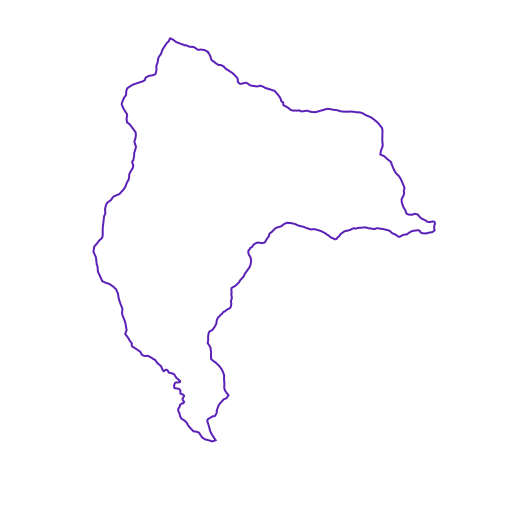 the district of Khaling, Tashigang, Bhutan, rotated 284°
{"feature_id": "84629894B48519884864464", "entity_name": "Khaling", "entity_type": "district", "adm_level": 2, "iso_a3": "BTN", "parent_name": "Bhutan", "parent_adm1": "Tashigang", "projection": "equal_earth", "projection_center": [91.565, 27.177], "detail": "fine", "context": "isolated", "style": "outline", "palette": "violet", "viewbox_px": 512, "rotation_deg": 284, "n_neighbors": 0, "source": "geoboundaries", "source_scale": "gbopen_adm2", "svg_char_len": 6103}
<svg xmlns="http://www.w3.org/2000/svg" viewBox="0 0 512 512"><g transform="rotate(284 256 256)"><path d="M215.8,101.1L209.3,103.5L207.9,104.6L202.6,106.4L194.4,112.9L193.7,116.5L193.4,120.4L191.8,124.8L189.8,128.3L186.2,131.1L182.0,132.9L177.6,135.5L172.6,139.1L167.8,139.9L165.6,141.2L162.4,143.6L159.3,145.5L152.8,148.4L148.8,147.9L144.9,152.6L143.6,153.6L141.2,156.7L139.4,156.9L138.2,157.8L137.8,159.5L135.1,166.9L132.8,168.9L132.2,170.1L132.1,171.9L132.3,173.3L133.0,175.3L131.7,180.2L131.2,181.0L130.8,183.2L128.2,186.3L126.1,190.5L122.6,193.2L121.9,194.3L123.8,196.1L124.0,197.2L123.0,198.6L121.8,199.5L121.7,204.2L121.3,205.3L118.6,208.1L116.3,212.7L115.2,212.7L114.6,211.5L114.1,209.2L113.1,208.1L111.7,207.9L110.0,208.0L108.4,208.5L108.1,209.6L108.5,213.0L107.6,215.0L104.2,216.0L103.8,219.0L102.8,220.1L99.6,219.3L98.7,219.6L97.1,221.6L95.5,221.1L95.0,219.7L92.9,218.2L91.7,218.5L88.9,217.5L86.9,218.0L85.0,219.7L81.7,221.4L79.8,223.6L79.4,225.6L78.0,228.4L76.4,230.2L75.7,230.6L73.7,233.1L70.8,237.7L71.1,241.0L70.8,243.5L69.9,244.3L66.9,247.7L65.8,250.7L65.7,256.6L65.5,258.3L66.4,259.9L67.5,261.4L72.5,256.0L74.0,254.8L75.9,253.4L79.5,251.5L83.1,249.2L84.6,248.5L85.9,248.7L88.8,251.6L90.0,252.8L90.4,254.1L90.9,254.9L94.0,255.8L97.1,255.3L102.6,256.0L105.0,257.1L109.3,259.5L110.9,261.8L114.3,263.0L115.0,262.0L117.1,259.4L118.0,258.5L119.4,257.6L120.6,257.0L124.7,256.2L127.3,255.2L132.5,253.9L134.6,252.6L137.4,250.5L139.6,247.9L140.7,246.4L143.1,242.2L143.9,239.7L145.2,237.4L148.8,236.3L151.9,235.7L154.2,234.7L155.5,234.3L156.7,233.5L158.7,231.5L159.7,230.2L162.7,230.0L166.3,229.0L170.2,228.7L171.5,229.1L173.7,231.6L177.6,233.1L180.2,233.8L182.6,233.7L183.4,233.5L184.3,233.5L187.1,234.0L188.9,235.3L190.1,235.7L191.3,236.8L193.8,237.9L194.9,239.4L196.6,240.4L198.2,242.3L199.6,243.5L200.7,243.8L203.8,243.6L205.7,242.7L207.6,242.6L208.9,242.8L210.1,242.5L212.9,241.3L214.2,241.3L218.1,240.0L219.1,240.1L221.8,242.9L224.0,244.5L225.2,245.1L225.8,245.6L226.7,246.0L228.4,246.4L233.2,249.0L235.9,249.4L243.4,252.4L246.1,252.8L249.0,252.6L250.3,252.4L252.8,251.3L254.3,250.2L255.0,249.3L256.8,247.9L258.9,247.4L259.7,247.4L260.8,248.1L262.6,248.6L263.5,249.8L266.6,251.0L268.1,252.5L269.3,254.0L269.7,256.0L269.8,258.1L270.8,260.7L272.1,261.6L274.6,262.2L278.4,263.7L281.0,263.7L283.5,265.7L287.6,268.1L289.0,269.9L289.8,271.5L290.9,273.2L294.1,275.8L295.9,278.3L295.7,279.3L296.4,281.2L296.5,285.6L296.3,287.2L295.9,288.7L295.7,292.6L295.8,293.5L295.8,295.6L295.3,298.1L295.1,302.4L295.2,303.4L296.1,305.8L296.2,306.7L296.2,309.0L295.9,313.3L294.7,318.1L293.9,319.7L293.6,321.2L293.1,322.2L292.6,322.9L292.1,324.3L291.7,326.9L291.3,328.3L291.5,329.1L292.2,330.1L293.4,330.5L295.9,332.2L297.5,332.6L301.2,335.7L302.0,336.9L302.8,338.9L303.8,340.5L306.7,344.2L306.5,345.9L307.7,347.7L310.1,354.6L310.3,357.2L310.1,358.4L310.2,359.2L310.5,360.6L310.6,363.1L310.9,364.8L311.7,365.7L312.5,367.6L312.5,370.2L312.9,372.3L312.9,378.4L312.6,380.0L311.7,381.4L311.3,382.2L311.0,382.9L310.6,385.7L309.9,387.9L309.3,389.1L309.2,390.5L309.7,391.2L311.4,392.8L312.4,394.3L313.3,396.7L313.7,397.3L314.9,398.2L317.5,400.8L318.6,402.8L320.1,406.6L320.3,407.6L319.9,408.9L318.9,409.8L318.3,411.3L318.8,414.6L319.2,416.0L320.0,417.2L321.9,421.4L324.0,423.1L326.3,422.0L328.7,421.7L330.6,421.8L332.2,421.1L332.3,418.9L330.9,416.6L330.7,413.7L331.5,412.1L332.4,407.6L333.5,405.3L335.4,403.1L335.4,399.8L333.8,397.6L333.1,394.0L333.6,391.7L336.6,389.8L339.3,387.0L343.4,384.4L346.4,383.5L350.2,384.5L352.6,384.6L355.1,383.6L357.8,383.7L361.0,381.5L365.9,377.7L368.1,375.4L370.2,371.7L370.8,371.2L372.4,369.6L375.3,367.2L376.7,366.4L377.9,365.2L379.6,364.6L380.2,363.5L382.3,359.0L383.1,357.7L383.8,356.3L384.6,352.1L387.5,351.8L389.2,351.8L392.6,352.3L394.0,352.2L398.6,350.6L408.2,348.4L410.5,347.5L413.6,343.6L415.2,341.2L417.5,336.3L418.3,334.1L418.8,331.6L418.9,330.5L419.4,327.6L420.1,325.9L420.4,323.4L420.5,321.7L420.0,320.2L419.4,314.6L418.8,311.6L418.3,310.8L418.0,309.3L417.2,305.7L416.9,303.1L417.1,299.3L416.5,294.7L416.5,292.7L416.2,290.1L415.5,288.4L414.5,287.0L412.5,283.3L410.5,280.0L409.9,278.6L409.4,276.3L409.1,273.8L409.4,270.8L408.9,269.1L408.0,267.2L407.5,265.8L407.3,264.4L407.8,262.5L407.0,261.0L406.8,259.1L406.2,257.9L406.1,256.8L406.1,254.4L407.7,251.2L409.0,246.1L411.7,245.1L411.9,244.3L412.0,243.5L412.7,242.8L413.7,242.5L415.6,240.9L417.8,238.4L418.9,236.5L419.9,235.4L420.7,233.9L421.0,230.2L421.2,229.3L420.9,227.9L421.4,226.4L421.1,225.1L421.8,222.8L422.3,219.9L422.1,218.4L421.0,216.7L420.7,215.7L420.2,210.7L420.3,208.8L420.6,207.8L421.1,206.9L421.6,205.3L421.6,204.0L419.5,200.0L419.2,199.0L419.4,198.1L420.5,196.4L423.9,195.1L425.8,192.5L427.8,189.0L428.7,186.5L428.9,185.3L429.8,183.9L429.8,182.6L430.4,181.6L431.0,180.2L432.1,178.9L432.8,175.7L432.2,173.3L432.8,172.0L433.4,169.9L434.3,168.6L434.7,166.8L435.5,165.4L437.6,163.9L438.5,163.6L439.0,163.2L441.3,161.1L441.9,160.1L442.6,159.9L442.8,158.4L443.4,156.2L442.9,152.1L442.2,150.8L442.2,149.7L442.4,148.6L443.5,146.0L443.7,144.4L443.3,143.0L443.0,140.6L443.6,136.6L443.1,135.7L443.5,134.3L443.5,132.8L443.8,131.2L443.9,129.5L444.3,126.9L445.9,123.0L446.1,121.0L446.5,120.4L446.1,119.8L443.4,119.5L441.0,117.9L433.6,115.3L430.7,115.1L428.3,114.7L426.7,113.9L424.3,113.3L419.8,113.7L416.1,113.3L413.5,114.2L410.4,114.6L408.1,114.3L406.7,112.7L405.0,108.8L403.5,106.8L402.1,105.7L399.8,105.6L398.0,103.8L393.9,97.2L391.9,94.4L387.6,90.5L384.9,90.2L380.4,91.0L377.9,89.7L373.2,89.0L370.9,88.9L367.1,91.6L362.3,96.6L361.1,97.0L358.3,97.1L354.4,98.5L354.2,99.6L352.6,102.4L346.9,109.3L343.8,110.3L341.8,110.5L337.6,110.3L334.6,112.0L333.4,113.0L331.1,113.2L326.3,112.9L323.5,113.6L321.3,113.6L319.4,113.8L317.8,113.1L317.1,113.1L314.4,114.9L311.7,115.2L307.1,113.7L304.3,113.3L301.3,113.9L299.3,113.9L295.1,112.8L292.2,112.6L289.2,111.8L283.0,108.4L279.6,103.8L277.7,102.6L275.3,101.8L272.0,99.0L270.0,98.2L265.4,98.1L260.8,99.5L257.7,99.0L245.6,100.6L239.1,102.2L237.4,102.4L235.6,101.9L233.9,100.6L232.2,99.7L229.4,98.6L226.2,96.8L220.9,97.2L215.8,101.1Z" fill="none" stroke="#5b21b6" stroke-width="2"/></g></svg>